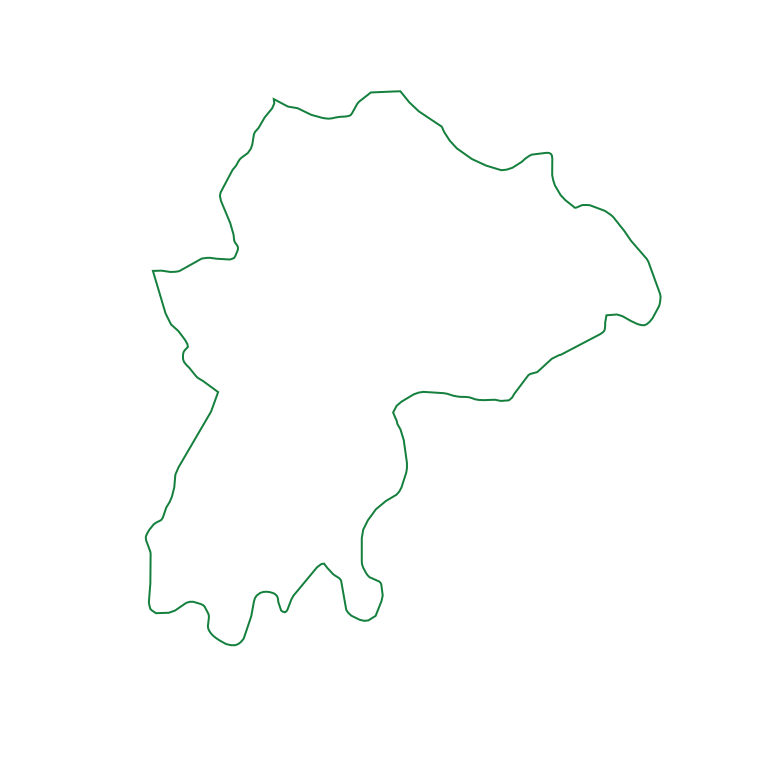 the border of Wardak, rotated 283°
{"feature_id": "AFG-1774", "entity_name": "Wardak", "entity_type": "Province", "adm_level": 1, "iso_a3": "AFG", "parent_name": "Afghanistan", "parent_adm1": "", "projection": "equal_earth", "projection_center": [68.09, 34.238], "detail": "fine", "context": "isolated", "style": "outline", "palette": "green", "viewbox_px": 768, "rotation_deg": 283, "n_neighbors": 0, "source": "natural_earth", "source_scale": "10m", "svg_char_len": 3508}
<svg xmlns="http://www.w3.org/2000/svg" viewBox="0 0 768 768"><g transform="rotate(283 384 384)"><path d="M636.8,212.5L632.7,228.0L633.3,237.8L629.9,252.6L629.4,264.8L630.0,270.2L631.3,273.9L632.7,276.7L634.3,280.6L636.0,286.4L637.2,289.3L638.6,291.1L640.5,291.9L651.2,295.0L653.6,296.3L665.1,305.6L671.1,327.3L672.9,334.1L664.2,345.2L657.5,356.6L647.7,382.4L643.1,385.9L636.0,393.2L630.0,401.9L623.0,419.0L619.8,434.2L618.7,450.1L620.4,455.2L623.6,460.5L631.4,468.2L635.7,471.2L639.2,474.5L640.7,476.3L645.6,489.7L646.2,492.3L646.2,493.1L645.8,494.8L644.4,496.2L641.4,497.3L625.3,500.9L620.5,503.1L615.9,505.9L607.7,513.7L603.9,519.4L599.4,528.9L598.7,530.0L598.8,530.8L599.3,532.0L602.9,536.8L604.0,541.0L604.5,544.3L602.4,560.3L599.8,567.0L598.4,569.6L587.1,583.8L579.1,592.5L564.9,612.0L562.6,614.1L534.1,632.6L531.2,633.9L525.6,634.6L522.1,634.6L508.6,630.9L504.3,628.8L501.3,626.5L500.4,625.3L499.8,624.3L499.3,621.5L499.4,617.6L501.0,610.2L503.7,601.2L504.0,597.7L504.1,595.2L501.0,585.3L493.5,585.7L490.5,586.4L487.1,586.8L485.5,586.7L483.5,585.6L481.2,583.4L452.4,549.9L451.2,547.7L446.3,541.8L430.1,530.7L426.6,524.1L424.9,522.6L403.8,513.2L399.6,511.9L396.2,509.4L393.8,501.8L393.6,495.6L390.6,484.4L389.8,479.9L389.6,476.0L390.0,473.1L390.2,469.8L389.8,466.6L388.7,461.6L388.3,457.8L388.2,454.1L388.7,447.5L388.5,444.2L385.2,424.2L383.5,419.9L380.7,415.4L370.6,404.9L365.6,401.2L358.3,399.3L353.5,402.7L352.4,403.7L350.0,405.2L348.2,405.9L343.4,410.3L333.7,415.9L312.3,424.1L307.2,425.3L302.7,425.6L287.2,424.3L282.7,423.1L279.0,421.1L270.5,412.2L260.1,404.3L247.7,399.0L237.4,396.5L228.9,397.0L206.0,402.3L203.3,403.2L200.4,405.0L196.1,408.7L193.9,411.1L192.5,413.4L190.5,423.6L189.8,425.0L188.2,426.4L177.7,430.3L172.0,430.4L156.2,428.0L150.1,421.9L148.8,418.0L148.8,413.3L150.9,404.3L153.1,400.5L155.5,398.0L182.6,386.5L183.9,385.3L184.8,383.8L186.3,379.5L187.3,377.1L192.2,369.9L195.5,366.0L194.4,363.4L190.4,360.0L157.4,343.4L153.2,342.2L142.4,340.7L140.5,340.0L139.3,338.8L139.4,336.5L140.2,334.7L147.7,330.1L150.4,329.2L151.6,328.6L153.1,327.6L154.2,326.2L155.0,324.5L155.4,322.2L155.5,319.3L155.2,316.5L154.3,313.3L152.6,310.4L149.2,307.5L146.1,306.4L142.7,306.2L128.0,306.9L104.5,304.6L102.3,303.6L100.0,302.3L97.8,300.4L96.0,297.7L95.1,293.9L95.1,288.5L97.2,281.4L98.9,276.9L100.6,273.6L102.3,271.2L104.1,269.3L106.1,267.8L108.3,266.9L117.3,265.9L119.2,265.3L120.8,264.4L126.7,259.3L127.8,257.5L128.4,254.8L128.9,247.1L128.1,243.7L126.2,240.5L116.2,231.3L112.7,225.8L109.4,213.4L111.2,208.6L112.3,206.9L115.7,205.1L118.4,204.0L137.1,201.2L166.5,194.7L168.6,193.7L178.1,187.4L180.2,186.6L182.1,186.3L185.3,186.9L189.1,188.1L195.5,191.2L198.2,193.7L199.9,195.9L201.5,197.6L204.2,198.6L214.5,199.6L220.9,201.7L226.5,202.7L236.1,202.9L248.8,201.1L256.5,202.5L318.2,221.7L338.8,224.2L346.3,206.7L348.1,201.1L349.5,198.9L356.0,190.6L358.3,186.9L360.5,184.2L363.0,182.6L366.9,181.6L369.8,181.5L372.2,182.3L376.0,184.6L378.7,183.4L382.3,180.1L389.3,171.8L394.1,163.1L403.6,155.3L442.2,133.4L444.4,141.7L445.1,150.5L446.4,155.5L447.9,159.1L465.2,178.2L466.9,182.5L467.8,186.0L468.4,192.7L470.6,205.7L471.7,207.7L473.2,209.7L475.1,210.3L481.5,211.4L483.8,211.1L485.6,210.2L488.4,207.0L490.2,205.7L495.7,203.8L506.0,198.1L525.7,184.0L530.5,181.8L533.9,181.7L558.6,188.3L563.3,190.7L569.2,192.4L570.7,193.1L572.3,194.1L578.3,199.3L583.2,201.3L587.6,201.8L597.8,201.1L600.4,201.5L605.3,204.2L617.0,207.8L627.2,212.9L632.6,214.0L636.8,212.5Z" fill="none" stroke="#15803d" stroke-width="2"/></g></svg>